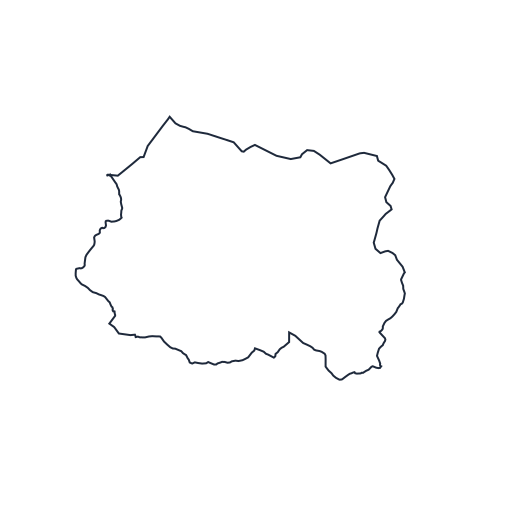 Plescuta, Arad, Romania (Albers equal-area conic projection), rotated 324°
{"feature_id": "2599482B61695336693278", "entity_name": "Plescuta", "entity_type": "district", "adm_level": 2, "iso_a3": "ROU", "parent_name": "Romania", "parent_adm1": "Arad", "projection": "albers", "projection_center": [22.429, 46.276], "detail": "fine", "context": "isolated", "style": "outline", "palette": "slate", "viewbox_px": 512, "rotation_deg": 324, "n_neighbors": 0, "source": "geoboundaries", "source_scale": "gbopen_adm2", "svg_char_len": 4725}
<svg xmlns="http://www.w3.org/2000/svg" viewBox="0 0 512 512"><g transform="rotate(324 256 256)"><path d="M366.8,356.7L367.0,355.6L367.3,354.7L367.7,353.1L368.3,350.8L368.1,347.5L367.8,341.9L369.1,337.2L368.2,333.8L365.9,329.5L363.3,328.2L358.4,326.8L356.9,320.4L359.1,314.4L361.3,312.7L366.7,308.4L368.1,307.2L370.6,305.0L376.8,300.1L383.1,298.8L385.6,298.2L393.1,298.0L394.3,294.6L393.1,289.1L395.0,284.3L405.6,278.5L407.6,277.8L409.6,277.2L413.3,275.0L413.9,270.5L414.3,264.6L414.4,259.5L411.8,253.0L411.2,251.6L410.9,250.8L410.9,250.6L412.1,247.4L412.6,246.2L404.1,236.1L401.3,234.5L400.1,233.9L385.0,229.3L382.4,228.5L370.8,224.9L367.1,211.5L364.6,205.0L359.6,200.4L353.0,200.7L349.9,202.2L341.1,198.0L331.5,187.0L320.4,165.5L315.8,164.6L310.5,164.1L307.4,164.4L306.0,162.9L304.8,150.9L295.2,137.7L288.6,128.6L278.2,117.9L276.4,113.7L274.6,110.4L273.2,108.8L271.0,106.0L268.8,101.3L268.0,92.6L265.2,93.6L257.2,95.9L232.9,103.4L231.8,104.2L223.2,109.9L220.5,108.0L209.7,108.8L191.4,109.8L185.9,104.9L184.5,103.6L183.9,103.1L182.3,103.1L182.6,103.2L182.8,103.4L183.3,103.5L183.9,103.7L184.6,104.1L184.9,104.3L185.0,104.3L184.8,104.5L185.0,105.1L185.3,105.5L185.5,106.0L185.6,106.3L185.6,106.8L185.6,107.4L185.4,114.2L185.5,115.3L185.1,117.0L184.7,117.8L184.3,119.7L184.2,120.5L184.0,121.7L183.4,123.1L182.6,124.2L181.5,125.8L181.6,126.3L181.4,127.6L181.2,128.6L180.8,129.8L180.3,130.7L179.8,131.4L178.5,132.6L177.4,134.9L176.0,138.5L175.4,139.1L173.8,140.1L172.3,141.9L171.1,143.2L170.1,144.9L169.8,146.0L168.2,146.2L166.7,146.3L165.3,146.0L163.6,145.6L161.7,144.8L160.1,143.8L159.2,143.3L157.5,140.8L156.4,140.0L155.4,139.5L154.8,139.6L154.0,140.5L153.1,142.2L152.5,143.2L151.2,144.1L149.8,144.2L148.6,143.6L148.2,142.8L147.2,142.5L146.2,142.6L145.1,143.1L144.4,143.7L144.0,144.4L143.5,145.2L143.0,145.5L142.3,145.6L141.4,145.6L140.3,145.3L138.6,145.0L137.8,145.0L136.9,145.3L135.9,145.9L135.1,147.4L134.1,149.3L133.1,150.5L131.7,151.8L130.6,152.3L128.2,152.9L125.5,153.6L123.1,154.3L119.6,155.4L117.3,156.7L115.4,158.7L113.8,160.4L112.8,161.5L112.1,162.7L111.2,163.3L109.5,163.6L108.0,163.5L106.9,163.0L106.1,162.1L103.1,160.8L102.5,161.0L101.1,162.6L100.0,163.9L98.5,166.0L97.8,168.1L97.6,169.7L97.9,172.5L98.1,175.2L98.4,176.6L99.1,177.9L100.1,179.8L101.2,182.9L101.4,184.2L101.6,185.9L102.7,189.3L105.0,192.2L106.4,194.9L107.4,196.2L109.1,198.7L109.8,200.5L110.0,205.7L110.4,207.5L109.8,209.7L109.4,212.0L109.7,213.1L109.4,213.9L109.3,214.1L109.2,214.5L108.7,214.8L108.5,215.4L108.0,215.9L108.0,216.9L108.9,217.5L109.0,217.6L108.9,217.9L108.3,218.7L107.7,220.0L107.5,220.7L107.1,221.3L106.9,221.6L97.6,224.5L99.5,230.2L99.5,238.1L107.9,246.2L111.8,248.5L111.5,249.7L111.0,250.9L111.4,251.1L112.4,251.5L112.9,251.7L113.2,252.0L114.2,253.5L118.3,256.6L122.1,258.2L125.0,259.9L127.4,261.9L131.1,264.7L131.4,266.5L131.3,271.1L132.1,275.5L133.0,279.4L134.3,281.9L136.2,283.5L137.6,285.8L138.8,287.8L139.6,289.1L139.8,291.6L140.5,293.5L141.2,295.1L140.6,298.8L140.7,300.2L139.8,303.2L140.7,304.8L141.2,305.5L144.0,306.1L146.4,308.7L149.2,311.4L152.6,313.5L155.0,313.7L156.1,315.6L158.3,319.2L160.1,320.4L161.7,320.3L164.4,321.2L166.3,321.7L168.4,323.3L170.2,325.6L172.3,326.8L174.5,327.0L177.9,328.6L180.1,330.7L183.9,332.4L186.6,332.9L190.1,333.4L195.8,331.7L199.0,331.5L200.9,330.1L204.0,334.7L206.0,338.0L206.6,341.0L207.8,342.8L210.7,348.7L212.6,348.5L214.3,346.7L217.0,346.6L220.4,345.4L222.8,345.3L225.1,345.7L232.2,345.1L237.9,337.3L240.9,343.7L243.0,354.1L245.0,357.5L246.9,361.0L247.8,363.5L248.0,366.0L249.1,367.7L251.6,370.3L252.8,372.1L254.1,375.4L253.8,377.3L252.5,379.2L251.6,380.5L249.1,383.9L247.3,386.4L247.3,388.5L247.4,391.4L248.2,395.2L248.2,398.2L249.1,401.6L250.8,405.1L252.2,406.0L253.2,406.4L257.0,406.3L260.5,406.3L262.6,406.4L264.3,407.0L266.2,407.4L267.4,407.9L267.3,409.1L268.3,410.3L270.2,411.6L271.7,412.5L273.0,412.6L273.8,413.4L275.7,413.5L277.6,413.6L280.3,414.2L284.3,413.5L285.6,413.8L286.3,414.9L287.4,416.7L287.5,416.9L289.2,418.7L290.4,419.3L290.5,419.4L292.4,418.8L292.0,418.1L292.3,417.0L293.3,415.9L294.2,412.8L294.9,409.3L295.2,407.9L297.8,405.7L301.1,403.3L303.2,402.9L304.8,402.7L306.1,402.7L306.8,402.2L308.5,401.3L310.2,400.7L311.5,399.7L312.0,398.3L311.1,391.0L311.1,390.1L311.5,389.8L312.7,390.1L314.3,389.9L315.5,389.5L316.3,388.8L317.2,387.5L320.7,385.6L323.1,384.9L324.6,385.0L326.1,385.1L327.3,385.3L329.0,385.3L330.9,385.1L333.8,384.5L336.6,383.7L340.1,381.5L341.1,381.3L343.9,380.3L344.5,380.0L345.0,380.1L346.1,380.3L347.4,379.9L350.5,377.6L351.8,376.3L353.1,375.0L354.4,373.8L355.0,372.0L355.8,369.2L357.6,366.5L358.3,363.6L359.3,360.6L359.8,360.1L363.7,358.0L365.0,357.3L365.2,357.2L365.3,357.1L366.8,356.7Z" fill="none" stroke="#1e293b" stroke-width="2"/></g></svg>